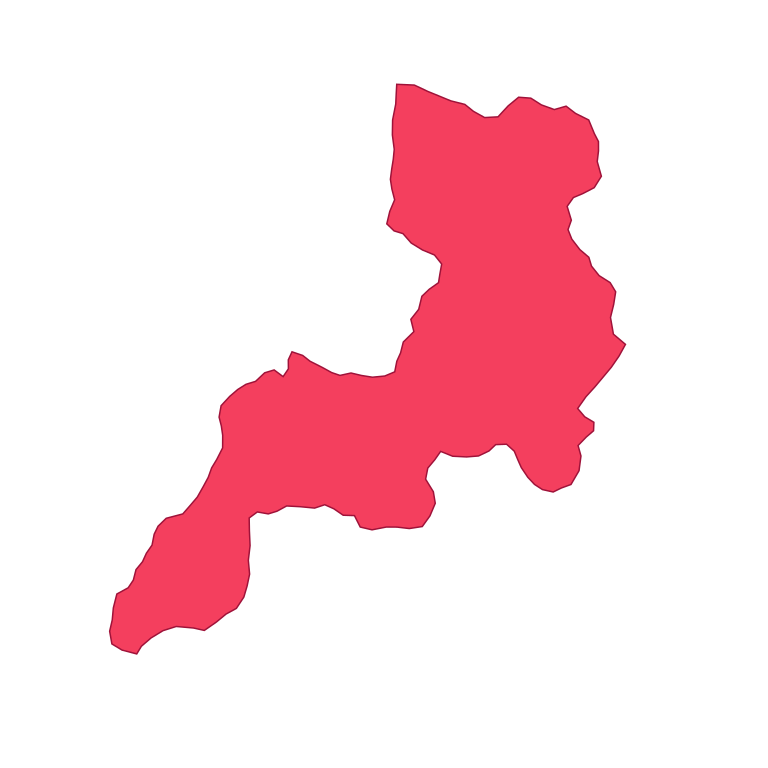 Itanhandu, Minas Gerais, Brazil (Mercator projection), rotated 99°
{"feature_id": "56859067B19026376287302", "entity_name": "Itanhandu", "entity_type": "district", "adm_level": 2, "iso_a3": "BRA", "parent_name": "Brazil", "parent_adm1": "Minas Gerais", "projection": "mercator", "projection_center": [-44.912, -22.329], "detail": "fine", "context": "isolated", "style": "filled", "palette": "rose", "viewbox_px": 768, "rotation_deg": 99, "n_neighbors": 0, "source": "geoboundaries", "source_scale": "gbopen_adm2", "svg_char_len": 2351}
<svg xmlns="http://www.w3.org/2000/svg" viewBox="0 0 768 768"><g transform="rotate(99 384 384)"><path d="M454.0,183.6L439.1,177.8L424.3,178.2L414.4,182.7L404.7,175.9L397.4,169.7L389.0,170.7L385.0,180.6L377.9,188.9L364.9,182.5L354.1,175.4L342.1,168.2L331.9,162.1L319.6,156.2L307.1,151.7L298.9,165.2L282.9,170.7L269.5,169.6L256.7,169.6L248.5,176.5L243.3,188.5L235.1,197.5L226.8,201.5L220.6,211.6L211.5,221.2L202.7,226.4L192.9,224.6L179.9,230.9L170.2,226.1L164.8,217.4L157.2,207.1L144.8,201.8L130.9,208.2L120.2,208.6L111.0,210.1L103.8,215.4L91.2,223.1L86.8,237.1L81.1,247.6L86.3,258.7L83.7,272.2L78.7,283.7L79.7,295.9L89.9,304.9L102.3,313.2L105.1,326.3L100.7,338.3L95.2,347.9L93.9,362.3L90.8,375.3L88.2,386.4L84.0,400.8L86.0,418.3L94.8,417.4L105.6,416.2L121.9,416.8L136.7,414.7L150.6,410.6L160.5,410.0L170.5,410.0L180.8,409.7L190.2,406.7L200.4,402.3L212.6,405.3L225.4,406.3L231.2,398.0L232.5,388.8L240.5,379.2L245.6,367.0L248.7,354.3L256.5,345.8L266.9,346.0L275.4,346.0L283.3,354.1L291.4,360.3L304.8,361.4L315.9,367.6L327.6,362.7L339.5,371.5L350.7,372.5L359.5,374.9L370.3,375.3L376.0,384.5L379.1,396.5L379.1,407.6L378.3,418.3L382.4,428.8L380.9,437.5L377.4,447.2L373.1,460.6L368.5,468.8L366.6,479.9L375.1,482.3L384.0,480.8L392.5,484.8L387.3,494.7L391.6,503.6L401.5,511.3L405.9,520.3L412.3,527.6L420.3,534.4L430.9,541.5L442.5,541.7L450.9,538.1L459.9,535.3L472.4,533.4L484.7,537.4L493.8,541.1L503.7,543.0L513.4,546.4L524.9,550.7L534.4,556.5L543.8,562.4L550.7,578.1L559.8,584.9L568.3,587.5L579.4,587.9L588.3,592.2L597.3,594.7L606.1,599.9L616.9,600.9L625.3,604.8L633.2,615.0L647.5,616.3L659.6,615.5L671.1,616.3L683.3,612.1L687.8,601.1L689.3,586.0L681.0,582.6L671.3,574.4L662.2,563.7L656.0,551.3L654.8,534.0L655.5,522.9L645.2,512.2L636.0,504.1L628.7,494.7L616.4,489.1L604.8,487.6L592.8,487.0L579.4,490.4L564.6,491.0L549.9,494.0L537.4,496.2L530.2,489.1L530.4,478.0L526.4,469.8L519.7,461.1L518.3,447.6L517.4,433.1L512.5,423.6L515.1,414.0L520.0,403.8L518.6,392.6L529.0,385.1L529.9,373.0L524.9,359.3L523.3,348.8L522.8,336.4L518.8,323.9L507.1,318.0L493.8,314.7L482.7,318.4L471.5,328.0L460.2,327.6L450.9,322.0L441.7,317.5L444.6,304.9L443.1,291.0L440.3,279.4L433.7,269.8L426.4,264.2L424.3,253.5L430.0,244.8L438.0,239.9L445.1,235.3L453.6,227.4L459.6,219.7L463.5,211.0L464.2,200.0L459.0,192.6L454.0,183.6Z" fill="#f43f5e" stroke="#9f1239" stroke-width="1.5"/></g></svg>